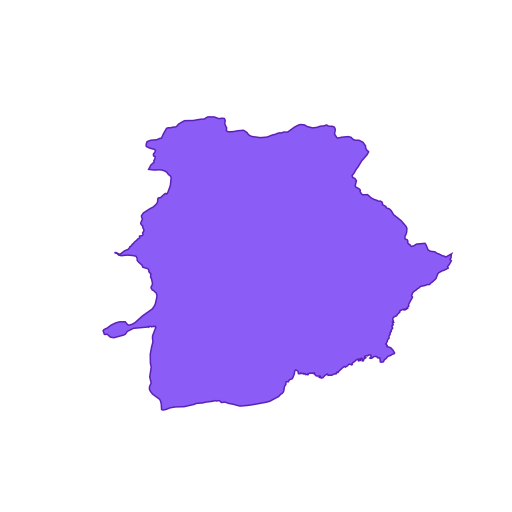 Tona, Santander, Colombia, rotated 60°
{"feature_id": "7082276B13563988320283", "entity_name": "Tona", "entity_type": "district", "adm_level": 2, "iso_a3": "COL", "parent_name": "Colombia", "parent_adm1": "Santander", "projection": "equal_earth", "projection_center": [-72.942, 7.167], "detail": "fine", "context": "isolated", "style": "filled", "palette": "violet", "viewbox_px": 512, "rotation_deg": 60, "n_neighbors": 0, "source": "geoboundaries", "source_scale": "gbopen_adm2", "svg_char_len": 6144}
<svg xmlns="http://www.w3.org/2000/svg" viewBox="0 0 512 512"><g transform="rotate(60 256 256)"><path d="M114.8,222.5L111.5,228.0L111.3,230.2L111.6,232.2L109.8,235.7L107.2,242.8L103.3,249.7L103.0,251.2L103.0,256.3L103.1,257.4L104.0,259.7L104.0,261.0L103.7,262.2L103.0,263.0L102.2,266.0L101.1,267.8L100.7,269.6L103.9,275.1L106.7,279.0L106.0,280.6L105.7,283.9L103.4,288.6L102.9,290.3L102.5,293.2L103.8,294.7L105.6,296.1L106.6,296.1L109.8,293.8L113.0,290.5L114.6,290.5L115.5,291.6L116.4,293.9L118.2,294.7L119.3,293.7L120.0,293.8L121.8,295.7L122.3,296.8L123.7,297.3L124.6,301.4L127.3,305.7L130.7,301.1L132.8,297.0L134.5,294.5L136.8,292.5L139.0,291.3L141.6,291.1L143.7,290.2L145.6,290.2L152.2,295.0L156.6,300.3L157.7,302.3L156.5,303.2L156.8,305.6L157.7,309.1L156.9,311.6L157.5,312.6L159.7,314.0L160.6,315.0L161.5,317.3L162.2,320.8L162.0,324.0L162.4,331.9L163.8,335.0L165.2,335.7L167.1,335.8L169.9,339.5L171.6,339.7L173.2,339.1L174.5,339.8L177.3,340.0L178.5,341.0L179.2,342.6L180.9,343.1L181.3,343.7L181.4,344.5L180.5,346.9L182.3,347.9L182.1,349.6L182.8,351.8L183.2,354.5L183.7,355.3L184.0,357.3L184.9,359.2L184.9,360.6L185.4,361.1L186.3,363.2L185.8,367.2L186.5,372.6L186.0,373.5L183.1,375.4L182.3,376.9L184.6,375.0L186.5,374.5L188.4,372.5L190.9,366.9L194.0,362.5L196.1,360.1L198.2,360.0L200.5,361.1L202.8,360.7L206.9,359.3L209.2,359.6L212.7,356.2L214.2,355.8L215.8,356.5L217.1,356.6L218.7,355.9L221.5,357.8L223.7,358.0L227.9,359.3L229.4,360.6L230.3,362.3L231.4,362.9L233.6,362.8L234.4,362.1L238.2,360.9L241.1,361.7L243.2,363.5L247.1,367.1L248.5,369.1L250.0,372.3L251.1,384.1L253.2,394.1L253.2,397.4L252.3,400.8L251.3,401.5L247.5,402.2L244.7,407.3L243.8,410.8L243.4,415.7L244.0,420.8L243.7,424.4L244.3,425.8L248.0,426.5L248.7,425.7L249.0,424.5L249.6,423.9L253.4,422.7L255.7,420.0L258.3,410.2L258.4,408.3L257.1,405.5L257.0,404.1L257.4,398.2L263.1,385.9L263.0,385.1L264.1,384.5L263.6,383.7L264.3,382.3L265.2,381.8L265.6,379.9L266.2,379.7L266.5,378.4L267.7,378.4L273.4,385.5L275.9,387.0L278.7,388.1L282.7,392.0L288.2,396.7L296.3,401.2L299.7,402.2L307.6,408.5L313.6,410.3L315.8,413.4L317.3,414.5L318.4,415.0L320.2,415.1L323.7,414.7L331.5,411.3L333.3,411.1L336.7,412.0L341.7,414.5L342.9,413.6L343.9,410.7L344.5,406.5L345.4,403.9L346.6,400.9L350.6,393.5L353.7,383.3L353.7,381.7L356.8,375.1L357.1,373.4L360.4,365.5L360.5,364.1L361.7,363.0L362.6,360.5L363.2,359.9L365.6,359.2L367.0,355.9L370.1,353.3L372.5,350.4L377.9,345.0L381.0,338.5L383.2,333.0L387.7,320.4L388.7,316.7L389.0,306.5L388.1,303.9L388.1,302.2L387.6,300.7L386.9,299.6L383.1,296.4L382.2,294.4L380.2,293.1L380.3,291.9L381.1,291.1L379.9,288.8L380.4,286.1L379.5,284.5L377.1,281.6L375.2,280.2L374.5,278.9L375.1,278.0L377.0,277.3L379.1,278.1L380.0,276.8L379.8,275.4L380.9,275.0L381.6,273.3L382.0,273.3L382.0,274.1L382.8,272.1L383.6,272.2L384.1,270.7L384.8,270.5L384.8,270.1L384.1,269.5L384.3,268.1L384.7,267.8L384.7,267.2L385.5,266.2L385.8,265.3L386.4,265.2L386.6,263.9L387.5,264.4L389.7,263.9L390.6,263.0L392.1,260.5L392.7,260.5L392.9,261.7L394.6,260.1L394.8,258.9L393.9,255.8L393.8,253.4L394.1,253.1L395.4,253.3L396.1,251.6L397.1,250.4L397.4,246.3L398.1,245.9L398.1,245.4L397.1,244.0L397.1,243.7L397.9,243.3L397.1,241.4L395.8,235.6L395.9,234.6L396.9,234.3L396.8,231.7L396.3,230.2L396.3,229.4L396.9,228.5L398.2,227.5L398.0,226.8L397.2,226.6L396.9,225.8L396.6,223.0L396.2,221.8L396.2,219.3L396.5,218.9L397.0,219.4L398.0,219.7L398.4,218.7L398.7,217.6L398.4,217.3L396.9,218.0L397.4,215.7L398.1,215.5L400.0,216.3L400.4,215.8L400.4,215.4L399.0,213.7L399.1,211.9L398.9,211.7L398.1,212.6L397.7,212.6L397.4,212.3L397.1,211.2L398.2,209.4L398.2,207.3L398.9,206.4L399.4,206.1L400.6,206.6L401.3,208.4L402.1,207.7L402.4,206.5L402.1,204.0L403.0,202.2L403.6,201.7L404.9,201.7L406.2,199.7L409.9,201.3L410.3,201.0L411.3,199.1L411.1,198.2L410.1,196.8L409.9,194.8L408.8,191.6L409.4,189.7L409.3,186.8L409.7,185.3L409.2,184.4L405.7,184.5L402.6,185.3L399.9,187.9L399.1,187.1L398.3,187.4L397.6,187.2L397.4,187.6L397.1,187.6L395.6,184.9L394.5,184.1L393.6,181.7L391.9,181.0L390.9,178.9L389.4,178.3L389.1,176.7L387.9,176.1L386.8,173.7L384.6,173.4L384.3,171.8L384.0,171.5L383.0,171.7L382.5,170.9L382.4,170.1L381.3,170.7L381.1,169.5L378.9,169.2L378.0,168.0L377.8,166.3L378.1,164.1L377.2,162.5L376.6,159.7L376.3,159.3L375.6,159.2L375.4,158.3L375.7,155.6L376.4,153.9L376.8,154.5L377.2,153.7L377.3,152.7L376.8,151.6L377.2,151.1L377.0,150.6L376.3,150.7L375.7,148.6L374.2,148.1L369.9,141.0L368.3,141.2L366.6,139.3L365.8,137.6L365.4,133.4L365.0,132.7L365.1,130.5L364.6,128.7L366.1,124.3L366.4,122.0L367.4,120.2L367.2,118.9L366.8,118.2L366.7,116.2L365.6,111.5L362.3,107.4L361.9,106.1L361.9,102.3L362.4,100.4L362.6,95.6L360.9,95.4L360.1,93.0L357.8,89.2L355.9,89.7L355.1,88.0L352.3,86.1L351.9,85.5L351.8,92.2L350.5,92.8L349.0,94.4L345.5,96.7L344.4,97.8L341.8,99.0L338.9,102.8L336.5,103.9L331.5,103.2L329.5,103.3L325.9,111.1L326.1,113.8L325.5,116.6L325.2,116.8L322.8,117.1L321.9,118.0L320.1,117.8L318.9,117.0L317.4,117.0L316.0,118.2L315.1,118.2L313.5,117.2L311.7,114.6L310.4,113.4L307.3,111.4L305.0,111.3L297.8,112.7L288.9,116.2L284.5,116.2L282.0,116.9L279.6,119.0L278.0,118.8L274.8,120.8L273.4,120.0L271.9,120.0L270.8,120.7L269.3,123.0L268.2,123.5L266.0,125.5L263.1,127.3L258.6,128.7L256.3,133.1L254.6,133.6L252.0,133.6L251.5,133.0L250.7,132.7L249.1,133.3L246.4,135.0L244.8,135.0L241.0,131.4L238.2,131.6L236.4,133.0L234.4,132.6L233.3,129.8L230.6,125.1L230.1,123.5L226.5,117.0L223.9,109.3L222.2,106.5L221.8,106.3L219.6,107.2L216.9,106.9L215.4,106.1L211.0,106.5L207.3,108.9L205.3,112.2L204.5,113.0L203.0,113.8L200.8,114.3L198.7,116.4L195.9,122.5L194.9,126.0L194.0,126.8L189.7,127.0L186.0,124.0L183.7,123.7L182.1,124.7L179.7,128.5L178.5,128.9L177.7,129.6L177.3,132.1L175.7,135.5L175.1,138.8L173.4,142.9L169.5,146.9L166.7,148.5L164.5,151.5L163.9,153.3L163.6,158.0L164.5,166.6L162.4,170.3L162.2,172.5L161.2,173.7L160.4,176.6L160.3,178.5L159.4,181.3L158.5,187.0L155.7,193.0L151.1,199.0L149.8,200.4L147.4,201.8L144.5,202.1L140.9,203.9L138.7,208.5L136.8,213.7L134.9,217.3L133.5,218.8L132.4,218.9L130.5,217.4L126.0,217.0L123.0,214.8L121.1,214.7L119.8,216.3L118.4,219.6L114.8,222.5Z" fill="#8b5cf6" stroke="#5b21b6" stroke-width="1.5"/></g></svg>